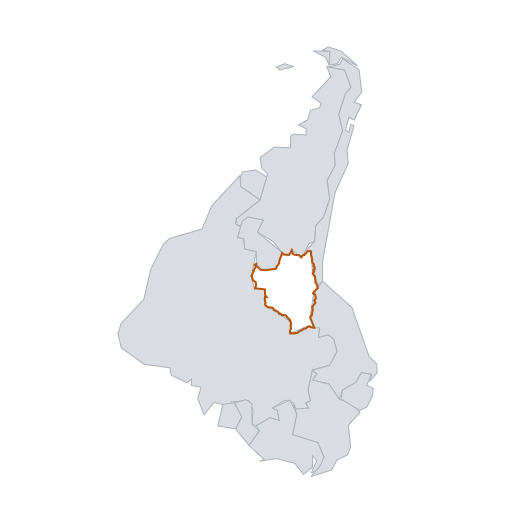 where Bolivia sits in South America, rotated 185°
{"feature_id": "BOL", "entity_name": "Bolivia", "entity_type": "country or territory", "adm_level": 0, "iso_a3": "BOL", "parent_name": "South America", "parent_adm1": "", "projection": "robinson", "projection_center": [-65.153, -16.301], "detail": "fine", "context": "in_parent", "style": "outline", "palette": "amber", "viewbox_px": 512, "rotation_deg": 185, "n_neighbors": 12, "source": "natural_earth", "source_scale": "50m", "svg_char_len": 9053}
<svg xmlns="http://www.w3.org/2000/svg" viewBox="0 0 512 512"><g transform="rotate(185 256 256)"><path d="M199.8,452.7L204.1,460.1L216.9,465.3L200.1,466.3L199.8,452.7ZM257.0,312.1L251.7,338.9L258.3,344.4L260.3,354.6L247.2,366.1L231.1,366.8L231.9,378.5L228.8,380.7L216.6,380.9L217.3,387.2L225.1,390.3L216.3,396.2L214.3,405.9L205.7,409.1L204.3,413.7L214.0,419.5L197.1,441.1L202.1,451.0L183.9,448.9L176.0,432.4L181.0,425.8L185.8,404.3L180.6,388.4L186.9,365.0L185.0,353.0L191.6,337.4L187.5,319.4L192.0,300.9L199.3,291.0L198.6,275.9L204.5,272.7L210.2,258.8L220.7,264.9L222.8,259.8L229.1,260.1L240.0,271.8L256.7,280.0L251.9,292.4L267.8,294.1L276.6,282.4L279.0,291.2L257.0,312.1Z" fill="#d9dde1" stroke="#a8b0b8" stroke-width="1"/><path d="M199.8,452.7L200.1,466.3L207.9,466.5L202.4,470.7L189.0,467.4L171.0,453.9L188.3,461.4L192.0,454.5L199.8,452.7ZM191.8,231.8L198.2,243.4L201.7,265.4L206.4,266.1L198.6,275.9L199.3,291.0L192.0,300.9L187.5,319.4L191.6,337.4L185.0,353.0L186.9,365.0L180.6,388.4L185.8,404.3L181.0,425.8L176.0,432.4L183.9,448.9L200.0,450.7L189.3,454.3L186.7,460.1L169.5,450.4L165.0,428.4L171.8,417.7L164.1,415.9L169.9,400.0L175.6,402.2L177.8,389.2L174.3,387.5L173.0,395.4L169.7,394.5L174.5,369.5L172.2,356.2L182.8,326.1L189.2,256.0L187.5,236.7L191.8,231.8Z" fill="#d9dde1" stroke="#a8b0b8" stroke-width="1"/><path d="M235.4,447.9L248.3,443.4L252.1,446.1L244.0,450.1L235.4,447.9Z" fill="#d9dde1" stroke="#a8b0b8" stroke-width="1"/><path d="M257.0,312.1L277.2,323.8L280.2,328.1L276.6,338.7L263.8,341.6L252.2,335.6L257.0,312.1Z" fill="#d9dde1" stroke="#a8b0b8" stroke-width="1"/><path d="M279.1,334.7L277.2,323.8L257.0,312.1L279.0,291.2L279.2,286.1L273.8,283.6L275.9,272.7L269.8,272.3L267.8,262.1L256.1,260.4L258.8,235.5L254.8,223.6L244.1,223.4L242.3,207.6L215.0,193.5L215.4,182.1L199.0,190.0L186.3,190.0L186.6,180.3L177.1,183.9L171.3,180.2L166.9,167.8L173.0,153.5L189.8,147.3L192.4,127.1L189.1,116.5L193.6,113.7L190.2,109.1L203.0,107.0L205.7,112.8L214.2,115.0L226.4,106.0L221.4,104.1L218.3,94.2L228.0,96.0L241.2,86.9L245.4,88.1L245.5,102.5L250.8,111.6L267.8,108.4L267.9,104.0L285.0,106.5L294.0,93.3L301.6,109.0L299.3,120.5L309.3,121.5L309.4,127.9L313.7,123.7L330.1,129.9L331.9,137.1L357.7,138.3L382.2,152.7L386.8,166.7L384.4,177.2L364.0,203.0L359.7,233.6L349.5,259.5L343.5,266.0L312.1,278.2L304.4,302.3L279.1,334.7Z" fill="#d9dde1" stroke="#a8b0b8" stroke-width="1"/><path d="M189.8,147.3L173.0,153.5L166.9,167.8L171.3,180.2L177.1,183.9L186.6,180.3L186.3,190.0L192.0,189.6L196.8,199.9L195.3,224.9L187.5,236.7L156.0,213.1L134.6,165.7L126.2,159.0L125.2,150.1L131.4,141.6L130.6,148.1L140.8,148.9L145.2,139.1L158.1,129.9L160.5,120.4L172.0,134.7L188.9,137.3L185.3,143.8L189.8,147.3Z" fill="#d9dde1" stroke="#a8b0b8" stroke-width="1"/><path d="M206.7,112.0L203.0,107.0L190.2,109.1L193.6,113.7L189.1,116.5L192.4,127.1L189.8,147.3L185.3,143.8L188.9,137.3L172.0,134.7L160.5,120.4L147.5,117.5L138.7,109.2L149.2,95.5L145.1,74.1L147.5,65.8L157.6,59.9L161.9,49.5L181.6,41.3L170.8,61.8L178.3,75.5L204.1,81.2L201.5,102.1L206.7,112.0Z" fill="#d9dde1" stroke="#a8b0b8" stroke-width="1"/><path d="M241.2,86.9L228.0,96.0L218.3,94.2L221.4,104.1L226.4,106.0L209.8,115.4L201.5,102.1L204.1,81.2L178.3,75.5L170.8,61.8L173.1,53.5L178.3,46.2L181.9,45.1L177.7,57.3L182.2,61.9L181.5,50.2L189.7,42.7L199.4,52.9L217.9,55.9L234.7,51.9L229.9,53.7L246.6,66.8L237.4,82.1L241.2,86.9Z" fill="#d9dde1" stroke="#a8b0b8" stroke-width="1"/><path d="M264.8,107.9L253.5,111.9L247.3,108.6L245.4,88.1L237.4,82.1L246.6,66.8L261.3,82.0L256.3,94.2L264.8,107.9Z" fill="#d9dde1" stroke="#a8b0b8" stroke-width="1"/><path d="M276.1,105.3L264.8,107.9L258.8,98.8L256.3,94.2L261.3,82.0L279.2,83.4L276.1,105.3Z" fill="#d9dde1" stroke="#a8b0b8" stroke-width="1"/><path d="M159.0,121.0L158.1,129.9L145.2,139.1L140.8,148.9L130.6,148.1L134.4,136.9L127.6,134.3L127.8,126.7L132.5,115.1L139.5,111.2L159.0,121.0Z" fill="#d9dde1" stroke="#a8b0b8" stroke-width="1"/><path d="M254.9,248.3L256.1,260.4L267.8,262.1L269.8,272.3L275.9,272.7L272.8,289.3L267.8,294.1L251.9,292.4L256.7,280.0L230.0,261.5L235.0,244.8L249.8,243.1L254.9,248.3Z" fill="#d9dde1" stroke="#a8b0b8" stroke-width="1"/><path d="M192.3,231.3L192.3,231.0L192.2,230.6L192.0,230.2L191.6,230.0L191.5,229.7L191.6,229.4L192.3,228.7L192.7,228.6L192.8,228.3L193.0,228.1L193.6,227.2L194.0,226.6L194.3,226.3L194.8,226.0L195.0,225.8L194.9,225.2L194.9,224.7L195.0,224.5L195.5,224.2L195.9,224.0L195.9,223.9L195.9,223.7L195.5,223.4L194.8,223.1L194.3,223.1L194.0,222.9L193.8,222.7L192.9,220.0L192.7,219.4L192.7,219.2L193.4,217.9L193.6,217.5L194.1,216.9L194.0,216.6L193.2,215.6L192.9,215.1L192.9,214.6L193.0,214.1L193.5,213.7L193.6,213.3L193.7,212.8L193.9,212.6L194.1,212.4L194.3,212.0L194.7,211.7L194.9,211.4L195.0,210.7L195.7,210.3L195.7,210.1L195.6,209.6L195.3,209.1L195.1,208.9L194.9,207.6L194.6,207.0L194.7,206.7L194.9,206.4L195.1,205.8L195.1,205.1L195.1,202.4L195.1,201.9L195.3,201.5L195.7,201.1L196.0,200.9L196.3,200.7L196.3,200.2L196.5,199.9L196.7,199.5L196.0,198.0L195.3,196.7L194.7,195.5L194.0,194.1L193.5,193.2L192.9,192.0L192.4,191.0L191.7,189.6L192.3,189.6L193.6,189.6L194.9,189.9L195.8,190.0L196.1,190.2L196.2,190.6L196.4,190.7L196.7,190.6L197.0,190.6L197.7,190.3L198.3,190.1L198.8,189.8L199.0,189.5L199.6,188.6L200.1,188.0L200.5,187.9L201.4,187.8L201.7,187.9L202.1,187.9L202.4,187.4L202.8,186.8L203.8,186.1L204.2,185.8L204.5,185.6L205.0,185.6L205.5,185.3L207.6,183.4L208.5,182.9L209.0,182.8L209.4,182.7L210.2,182.5L212.1,182.2L213.3,182.1L213.7,182.4L214.1,182.3L214.5,181.9L214.8,181.7L215.0,181.7L215.4,182.2L215.5,182.8L215.4,183.2L215.4,183.7L215.6,184.5L215.5,185.2L215.1,186.1L214.8,186.4L214.8,186.8L214.8,187.3L215.0,188.1L215.4,189.2L215.5,190.1L215.2,190.6L215.1,191.1L215.1,191.5L215.2,191.8L215.4,191.9L215.4,192.3L215.5,192.7L215.7,193.2L216.1,193.6L216.3,194.0L216.2,194.4L216.2,194.7L216.3,194.8L216.5,194.7L216.8,194.6L217.1,195.2L217.1,195.3L217.3,195.8L217.3,196.1L217.7,196.3L218.2,196.5L218.5,196.7L219.0,197.2L219.4,197.6L220.0,197.9L220.2,198.4L220.5,199.1L221.4,199.4L222.5,199.5L223.2,199.7L224.0,199.3L224.6,199.3L225.1,199.6L225.4,199.8L225.8,200.1L226.5,200.6L227.0,200.8L227.4,200.5L227.8,200.4L228.0,200.5L228.2,201.1L228.3,201.4L228.6,201.7L229.3,202.4L229.7,202.6L230.1,202.6L231.0,203.1L232.0,203.5L232.5,203.6L233.0,203.5L233.3,203.7L233.4,204.2L234.3,205.2L234.7,205.6L235.1,206.0L236.3,206.0L236.7,206.1L237.2,206.0L238.8,205.8L239.1,205.8L240.0,206.2L241.1,206.9L241.8,207.4L242.3,207.7L242.5,208.1L242.7,208.6L242.8,209.1L242.7,209.6L242.5,209.8L242.4,210.2L242.5,210.7L242.9,211.1L243.0,211.7L243.2,212.6L243.4,212.9L243.5,215.9L242.8,216.0L241.8,216.0L242.1,216.3L242.9,217.4L243.7,218.4L243.8,220.1L243.9,221.1L244.0,222.6L244.0,223.4L245.9,223.5L248.1,223.6L250.8,223.7L253.1,223.8L253.3,223.8L253.7,223.7L254.0,223.5L254.2,223.9L254.1,224.3L254.1,224.8L253.5,225.9L253.4,226.2L253.5,227.5L253.7,228.6L253.8,229.6L254.1,229.9L254.9,230.4L256.1,231.3L256.5,231.5L257.0,231.3L257.2,231.7L257.2,232.4L257.9,234.1L258.3,235.2L258.5,235.6L258.8,235.8L258.7,235.9L258.4,236.0L258.0,237.5L257.5,239.1L257.1,240.3L257.4,240.3L257.4,240.6L257.5,241.1L257.1,241.1L257.0,241.3L256.6,242.3L256.1,243.5L255.5,244.8L255.2,245.5L255.7,246.1L256.6,247.0L256.5,247.3L256.1,247.4L255.7,247.5L255.5,247.9L255.3,248.1L255.0,248.2L255.1,247.1L255.0,246.2L254.9,246.0L253.3,244.9L251.8,243.9L249.9,242.6L247.4,242.7L244.8,242.7L242.4,243.3L240.0,243.8L238.8,244.1L236.5,244.7L235.2,244.9L234.8,245.9L234.3,247.5L233.7,248.4L233.1,249.4L232.3,250.7L232.3,252.4L232.2,253.9L231.6,256.1L231.1,258.0L230.6,259.8L230.3,261.0L230.2,261.4L229.6,260.9L229.3,260.2L229.2,259.9L226.8,259.9L224.5,259.9L224.3,260.0L224.0,260.0L223.7,259.9L223.2,260.1L222.9,260.3L222.0,262.2L221.6,263.0L221.3,263.7L221.0,264.9L220.9,265.1L220.7,264.7L220.3,263.6L220.1,263.0L219.9,262.2L219.4,261.3L218.9,261.1L218.6,261.0L218.1,260.8L217.3,260.6L216.9,260.5L214.6,260.5L214.4,260.5L213.5,260.6L213.0,260.5L212.5,260.0L211.4,259.1L211.2,258.8L210.8,258.6L210.5,258.6L210.4,258.8L210.2,259.5L210.0,260.2L209.7,260.6L209.0,260.9L208.2,261.2L207.8,261.2L207.6,261.6L207.5,262.1L207.4,262.5L206.3,263.1L206.1,263.4L206.0,264.0L205.4,264.8L205.2,265.1L204.3,265.3L203.1,265.5L202.4,265.5L201.9,265.5L201.8,265.3L201.4,265.1L201.4,264.9L201.4,264.5L201.5,263.9L201.4,263.0L201.0,262.0L201.1,261.7L201.0,261.2L200.8,260.2L200.3,259.8L200.2,259.0L200.1,258.3L199.7,257.4L199.7,256.4L199.7,255.4L199.0,254.3L198.3,253.2L197.8,253.0L197.7,252.9L197.6,252.6L197.6,252.0L197.6,251.7L198.0,251.2L196.9,250.3L196.6,250.1L196.5,249.8L196.5,249.6L196.8,249.3L196.9,249.1L196.7,248.6L196.7,248.1L196.5,247.9L196.5,247.7L197.4,247.4L197.6,246.9L197.6,246.5L197.5,246.2L196.9,245.5L196.8,245.4L197.5,244.4L198.0,243.7L198.1,243.4L198.0,243.2L197.7,243.0L197.3,242.7L196.9,242.3L196.5,241.8L195.9,241.4L195.5,241.0L195.3,240.6L195.3,240.2L195.3,239.6L195.0,238.6L194.9,237.9L194.8,237.2L194.7,236.7L194.6,236.2L194.4,235.7L194.3,235.4L194.5,235.1L194.6,234.9L193.6,234.2L193.4,234.1L193.1,233.0L192.4,232.0L192.3,231.3Z" fill="none" stroke="#b45309" stroke-width="2"/></g></svg>